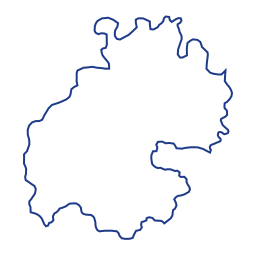 Slonim, Grodno, Belarus (Albers equal-area conic projection), rotated 179°
{"feature_id": "67162791B56929358145249", "entity_name": "Slonim", "entity_type": "district", "adm_level": 2, "iso_a3": "BLR", "parent_name": "Belarus", "parent_adm1": "Grodno", "projection": "albers", "projection_center": [25.224, 53.068], "detail": "fine", "context": "isolated", "style": "outline", "palette": "blue", "viewbox_px": 256, "rotation_deg": 179, "n_neighbors": 0, "source": "geoboundaries", "source_scale": "gbopen_adm2", "svg_char_len": 3744}
<svg xmlns="http://www.w3.org/2000/svg" viewBox="0 0 256 256"><g transform="rotate(179 128 128)"><path d="M93.4,32.0L89.3,35.1L86.8,37.0L85.1,39.8L84.8,42.6L84.3,45.1L82.4,46.6L80.9,49.5L81.3,52.1L83.0,55.9L81.6,57.7L79.3,59.3L76.2,59.6L72.6,60.7L70.5,61.9L68.3,63.0L67.1,65.5L67.7,68.0L69.3,70.4L70.4,72.9L70.3,75.8L72.5,78.2L76.3,78.2L77.7,79.5L77.1,82.7L79.6,84.5L81.8,84.2L86.0,85.9L89.3,86.1L91.6,85.6L93.6,86.5L96.4,87.7L98.8,87.4L101.4,88.5L103.4,90.3L104.5,91.8L104.9,94.4L105.2,96.8L105.2,99.0L105.0,100.5L103.4,104.3L100.0,104.3L99.0,107.9L100.0,110.9L98.3,113.6L94.1,113.8L90.7,112.1L87.0,112.3L82.6,111.6L81.1,109.4L79.9,106.9L74.5,106.4L70.6,107.2L66.0,107.6L62.1,107.6L58.4,107.4L53.0,105.6L50.6,104.2L46.4,102.0L45.5,104.6L46.4,106.3L46.5,107.8L45.7,109.3L43.7,110.2L42.0,110.7L40.6,111.4L39.0,112.0L36.1,113.1L35.4,114.5L36.0,116.0L37.4,117.2L38.3,119.1L38.0,121.2L37.5,122.1L36.1,122.4L34.6,122.1L33.4,121.2L32.0,120.1L30.3,120.4L28.1,121.3L27.6,122.9L28.2,124.5L30.7,126.8L32.2,128.2L33.3,129.3L34.3,131.9L35.1,133.9L34.8,135.4L32.9,136.4L30.4,137.7L28.7,139.3L28.7,143.2L29.6,144.7L31.0,146.0L31.2,147.9L30.9,151.1L28.7,152.2L26.1,154.8L24.0,158.0L23.4,161.3L24.4,164.3L26.0,167.2L28.0,169.6L30.4,173.2L30.0,178.9L29.5,183.6L29.5,183.9L30.5,182.8L33.7,179.9L36.6,179.9L41.4,180.7L44.8,181.8L48.5,185.8L48.2,190.0L47.7,194.2L47.4,196.1L46.9,199.5L47.1,202.2L50.0,205.1L52.7,207.8L53.2,209.9L54.2,212.8L57.1,214.9L61.6,215.5L64.6,213.9L67.0,212.0L67.8,207.0L67.8,203.6L67.8,199.6L72.3,197.5L74.7,197.5L77.0,200.7L76.5,205.7L75.2,209.4L73.8,213.4L72.8,215.7L72.8,218.9L74.9,223.7L75.1,225.3L76.7,229.5L76.5,230.9L74.1,232.2L72.7,234.3L73.3,236.7L75.6,237.0L77.1,236.4L77.8,236.2L80.4,234.6L82.5,233.3L84.4,235.4L84.9,238.3L88.4,238.8L90.2,237.0L90.8,234.3L92.6,232.2L95.0,230.6L96.6,228.2L100.6,226.1L103.8,226.4L104.3,230.9L104.3,234.1L110.9,237.3L115.7,237.5L118.3,236.2L118.3,232.8L117.5,228.5L121.8,224.5L125.7,221.1L131.0,218.4L134.5,216.6L137.7,217.4L139.5,220.3L139.5,223.5L139.0,226.1L136.9,229.3L136.1,233.0L140.9,236.5L145.9,238.6L152.3,238.0L156.8,235.4L158.4,233.0L159.4,230.1L159.7,225.8L158.6,223.7L156.0,222.4L152.8,223.2L149.9,222.9L147.7,221.9L147.7,218.7L147.7,214.7L147.7,211.5L149.0,208.4L151.4,208.1L153.3,206.8L153.0,203.9L152.2,201.2L150.4,198.6L147.7,195.4L146.1,193.0L145.8,190.6L145.8,187.7L149.8,187.7L154.3,188.5L158.0,188.8L162.5,189.8L167.3,189.3L171.5,189.0L177.6,186.3L178.4,183.4L178.4,179.5L178.5,177.4L178.6,175.8L177.8,171.5L181.2,169.9L183.9,167.8L184.4,165.4L184.9,162.5L186.0,160.1L189.1,157.7L194.4,155.4L197.3,154.3L203.6,152.4L207.0,149.2L209.1,145.8L211.5,142.1L213.6,137.8L216.5,136.5L220.2,136.5L223.6,135.4L226.8,132.2L228.3,127.8L228.3,123.0L227.0,118.0L226.9,113.3L229.3,106.7L232.4,103.5L232.4,100.3L232.6,94.1L231.5,91.9L230.6,89.2L230.7,85.7L230.9,83.6L231.7,81.1L231.2,77.7L228.7,76.1L226.8,74.6L222.6,71.7L221.4,69.0L221.4,67.5L222.2,64.0L224.6,60.6L225.9,58.7L227.9,56.4L228.1,53.9L226.9,50.7L226.8,45.5L222.5,44.2L219.9,43.0L217.8,41.4L216.0,39.3L214.8,36.8L213.4,33.2L211.7,31.2L209.7,31.8L208.4,34.6L206.4,34.9L204.2,37.0L204.6,40.9L203.2,43.8L200.8,45.1L198.8,47.1L197.9,48.6L194.8,49.5L191.9,50.6L190.4,51.5L189.0,52.6L187.6,53.4L183.4,53.6L181.2,53.5L178.5,51.9L176.6,49.4L176.2,46.7L175.7,44.4L174.3,43.0L171.5,42.1L167.7,41.8L166.8,41.8L164.7,40.5L163.5,39.0L162.7,36.3L162.2,33.7L162.2,31.0L161.4,28.2L160.2,26.2L158.2,25.2L152.7,25.7L146.0,25.6L142.9,25.1L141.1,25.0L139.3,23.1L138.2,20.1L136.0,17.8L132.4,17.2L128.2,17.2L125.2,18.1L123.7,21.5L121.8,25.0L117.7,25.9L115.9,28.3L116.6,31.2L116.0,33.7L113.8,34.3L111.2,35.3L110.9,37.6L108.4,38.4L105.1,37.6L102.9,35.1L99.9,34.8L96.4,34.6L94.3,33.1L93.4,32.0Z" fill="none" stroke="#1e3a8a" stroke-width="2"/></g></svg>